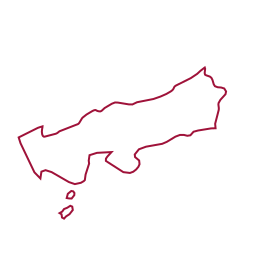 SVG path tracing the border of La Unión, rotated 60°
{"feature_id": "SLV-1350", "entity_name": "La Unión", "entity_type": "Department", "adm_level": 1, "iso_a3": "SLV", "parent_name": "El Salvador", "parent_adm1": "", "projection": "natural_earth1", "projection_center": [-87.879, 13.537], "detail": "fine", "context": "isolated", "style": "outline", "palette": "rose", "viewbox_px": 256, "rotation_deg": 60, "n_neighbors": 0, "source": "natural_earth", "source_scale": "10m", "svg_char_len": 1810}
<svg xmlns="http://www.w3.org/2000/svg" viewBox="0 0 256 256"><g transform="rotate(60 128 128)"><path d="M145.4,24.8L147.5,26.7L149.8,33.9L151.7,37.1L152.9,38.0L156.2,39.4L157.6,40.3L161.3,43.9L167.9,50.4L172.0,52.3L169.9,56.2L165.2,68.6L164.0,73.1L165.5,77.6L164.4,80.5L162.0,83.0L160.0,86.4L159.2,91.2L159.4,101.3L158.8,106.3L153.2,121.7L151.9,129.2L154.3,135.4L156.7,136.4L161.7,134.6L165.1,136.1L166.8,138.4L168.0,141.7L168.5,145.3L167.9,148.8L163.9,154.1L145.5,163.6L145.4,163.6L143.5,162.4L142.4,160.1L140.6,154.3L134.0,167.3L132.3,174.9L136.6,178.3L139.4,179.5L147.1,188.0L151.5,191.4L151.9,192.9L151.9,196.2L150.0,202.1L145.3,206.2L128.0,216.2L123.3,220.5L122.5,224.8L127.9,229.1L119.6,231.2L87.5,228.7L81.5,227.4L82.8,206.0L83.2,203.9L83.8,201.2L84.3,201.5L86.2,203.1L88.2,204.5L90.6,205.5L91.4,205.6L92.2,205.7L93.3,205.3L93.8,204.6L96.9,193.3L97.0,191.6L96.7,190.0L96.6,188.9L99.6,169.3L99.5,168.6L99.3,167.9L99.0,167.3L96.8,163.3L96.5,162.7L96.3,162.0L95.6,157.2L95.5,150.2L95.7,148.4L96.1,147.3L96.5,146.9L97.5,146.3L98.2,145.7L98.8,145.1L99.7,143.9L99.9,143.0L99.9,142.1L99.0,138.2L98.9,129.9L99.4,126.5L100.9,124.1L108.1,115.3L109.8,112.4L110.2,107.3L115.6,91.5L117.0,84.2L117.7,77.8L117.7,72.6L117.5,71.0L117.3,70.3L117.1,69.7L116.8,69.1L115.7,67.5L115.4,66.9L115.3,66.2L115.2,65.3L116.2,48.7L115.7,41.0L114.7,36.6L114.0,31.3L115.3,31.6L118.7,34.1L120.3,34.6L121.4,34.0L124.4,31.4L126.2,30.7L128.5,30.8L133.1,31.9L135.3,31.8L137.6,29.9L139.5,27.1L141.9,24.9L145.4,24.8ZM166.7,220.4L166.5,216.9L168.2,215.6L171.4,216.8L173.4,221.8L173.6,225.9L174.5,228.7L172.5,229.9L169.5,228.7L167.5,229.8L167.5,226.8L166.2,223.9L166.7,220.4ZM157.5,206.9L159.3,208.1L160.9,212.1L159.5,214.3L158.0,216.1L154.9,213.0L154.2,208.6L155.5,207.1L157.5,206.9Z" fill="none" stroke="#9f1239" stroke-width="2"/></g></svg>